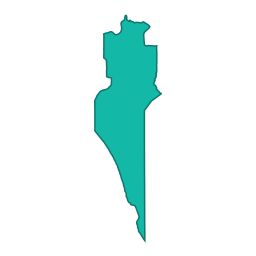 Soutr Nikom, Siemréab, Cambodia
{"feature_id": "14789045B2635302859589", "entity_name": "Soutr Nikom", "entity_type": "district", "adm_level": 2, "iso_a3": "KHM", "parent_name": "Cambodia", "parent_adm1": "Siemréab", "projection": "orthographic", "projection_center": [104.128, 13.174], "detail": "fine", "context": "isolated", "style": "filled", "palette": "teal", "viewbox_px": 256, "rotation_deg": 0, "n_neighbors": 0, "source": "geoboundaries", "source_scale": "gbopen_adm2", "svg_char_len": 5746}
<svg xmlns="http://www.w3.org/2000/svg" viewBox="0 0 256 256"><path d="M103.8,33.9L103.8,34.8L103.9,35.7L103.9,38.0L103.9,39.4L103.9,41.1L103.9,42.9L103.9,44.7L103.9,48.0L103.8,49.0L103.8,50.0L103.9,51.4L103.9,52.5L103.9,53.4L103.8,54.5L103.8,56.2L103.8,57.3L103.8,57.8L104.0,58.2L104.5,58.5L105.4,59.1L105.8,59.4L106.2,59.9L106.3,60.5L106.5,61.7L106.5,63.0L106.5,64.0L106.6,64.9L106.6,65.8L106.7,67.0L106.7,68.1L106.6,70.3L106.6,71.6L106.6,72.9L106.6,74.0L106.6,75.2L106.6,75.7L106.6,76.2L106.7,76.7L107.4,77.0L107.9,77.2L108.8,77.5L109.7,77.6L110.8,77.7L111.3,78.1L111.5,80.0L111.5,81.5L111.4,82.6L111.2,85.1L109.6,86.7L109.0,87.4L108.3,88.1L107.6,88.6L107.0,89.0L106.2,89.4L105.1,89.6L103.7,89.9L102.6,90.3L101.5,90.8L100.6,91.3L100.0,91.8L99.7,92.2L99.2,92.8L98.5,93.8L97.8,94.6L97.2,95.4L96.8,96.3L96.3,97.3L96.1,97.9L95.8,98.5L95.3,99.5L95.1,100.0L94.8,100.5L94.8,101.0L94.8,102.7L94.9,112.4L94.9,126.3L95.0,128.0L94.9,129.1L94.9,130.8L95.1,131.2L95.3,131.5L96.0,132.3L96.5,132.9L97.0,133.5L97.3,134.0L97.7,134.5L98.1,134.9L98.6,135.5L99.1,136.1L99.7,136.9L100.2,137.6L101.1,138.6L101.5,139.1L102.0,139.7L102.4,140.3L102.8,140.8L103.3,141.4L103.8,141.9L104.3,142.4L105.0,143.6L105.6,144.7L105.9,145.0L106.3,145.5L106.6,146.1L107.0,146.7L107.3,147.2L107.8,148.0L108.2,148.5L108.5,149.0L108.8,149.5L109.1,150.0L109.5,150.9L110.0,151.8L110.2,152.0L110.5,152.8L110.8,153.3L111.0,153.6L111.4,154.2L111.8,154.8L112.1,155.1L112.4,155.7L112.8,156.3L113.0,156.8L113.3,157.3L113.6,157.9L113.9,158.5L114.1,159.1L114.4,159.7L114.7,160.3L114.9,160.8L115.2,161.2L115.6,161.9L115.9,162.4L116.1,162.9L116.2,163.3L116.3,163.8L116.5,164.1L117.0,164.9L117.2,165.4L117.5,166.1L117.7,166.7L117.9,167.4L118.1,168.0L118.3,168.8L118.6,169.4L118.7,170.0L118.9,170.5L119.2,171.1L119.5,171.8L119.7,172.4L119.9,173.2L120.1,174.0L120.4,174.8L120.6,175.4L120.9,176.2L121.1,176.8L121.2,177.5L121.3,178.1L121.5,178.6L121.7,179.2L121.8,179.6L122.1,180.2L122.4,180.9L122.6,181.5L122.9,182.1L123.1,182.8L123.2,183.4L123.4,183.9L123.5,184.5L123.6,185.1L123.8,185.8L123.9,186.2L124.1,186.9L124.2,187.3L124.3,187.7L124.5,188.3L124.6,189.1L124.7,189.3L124.8,189.7L124.8,190.3L124.8,190.5L125.0,191.1L125.4,191.8L125.6,192.3L125.9,192.7L126.2,193.2L126.2,193.6L126.1,194.2L126.2,194.6L126.2,194.9L126.2,195.4L126.2,196.1L126.4,196.7L126.7,197.3L126.9,197.5L127.1,197.8L127.4,198.4L127.4,198.7L127.5,199.5L127.6,200.1L127.9,200.9L128.2,201.3L128.8,202.0L129.0,202.4L129.1,202.7L129.7,202.8L130.1,202.8L130.4,203.0L130.6,203.8L130.7,204.5L131.3,204.9L132.3,205.0L133.5,205.2L134.4,205.4L134.7,205.5L135.1,205.8L135.3,206.5L135.6,206.9L135.9,207.7L136.2,208.4L136.3,208.8L136.7,209.6L137.0,210.5L137.3,211.5L137.4,211.8L137.7,212.4L137.8,212.8L138.3,214.1L138.4,214.5L138.6,214.9L138.8,215.5L139.0,216.4L139.0,217.1L138.8,218.1L138.7,218.7L138.5,219.0L137.5,220.5L136.9,221.6L136.7,222.1L136.6,222.7L137.2,224.9L137.5,225.6L137.7,226.5L137.7,227.2L137.6,227.4L137.8,227.7L137.9,228.2L138.3,228.6L138.5,229.2L138.5,230.6L138.9,231.8L139.8,232.8L140.6,234.0L141.1,234.9L141.6,235.7L142.3,236.9L143.1,238.1L143.8,239.2L144.6,240.3L144.8,240.6L144.8,239.4L144.8,233.6L144.7,221.5L144.6,187.1L144.5,172.0L144.4,137.8L144.4,128.6L144.4,110.5L151.3,101.1L161.2,93.8L161.1,93.5L160.9,93.2L160.7,93.2L160.3,93.2L160.1,93.1L159.9,92.8L159.7,92.6L159.4,92.2L159.2,92.0L159.1,91.8L159.0,91.6L158.6,91.3L158.3,91.1L157.9,90.8L157.8,90.5L157.5,90.1L157.3,89.9L157.1,89.7L156.8,89.4L156.4,89.1L156.6,88.1L156.5,87.4L156.3,87.0L156.1,86.7L155.9,86.3L155.8,86.0L155.5,85.6L155.1,85.2L154.6,84.9L154.0,84.7L153.9,84.2L153.8,83.5L153.7,83.3L154.0,83.0L154.4,82.4L154.5,82.0L154.6,81.7L154.5,81.3L154.4,81.0L154.6,80.7L154.9,80.4L155.1,80.2L155.0,79.7L154.9,79.3L154.7,79.0L154.8,78.7L155.1,78.6L155.3,78.4L155.5,78.0L155.6,77.8L155.6,77.6L155.7,77.4L155.8,77.2L156.1,77.0L156.2,76.6L156.1,76.4L155.9,76.2L155.8,75.9L155.9,75.6L156.1,75.3L156.3,75.0L156.2,74.6L156.3,74.2L156.3,73.8L156.1,73.8L155.8,73.6L156.0,73.3L156.2,73.0L156.4,72.7L156.7,72.1L156.7,69.6L156.7,68.7L156.7,67.6L156.7,66.4L156.6,65.2L156.6,64.3L156.7,63.6L156.8,62.9L156.8,62.0L156.8,60.8L156.8,59.4L156.8,56.7L156.8,55.3L156.8,53.8L156.8,52.6L156.7,51.3L156.7,50.0L156.6,48.7L156.6,47.5L156.6,46.2L156.7,45.8L156.3,45.9L155.8,46.0L155.1,46.1L154.5,46.1L153.6,46.0L153.4,45.9L153.0,45.9L152.5,45.9L152.1,45.9L151.8,45.9L151.1,45.8L150.3,45.7L149.6,45.6L148.7,45.5L148.2,45.6L147.4,45.8L146.4,45.9L146.1,45.9L145.6,45.7L145.2,45.5L144.9,45.2L144.6,44.9L144.4,44.5L144.3,43.9L144.3,43.1L144.2,42.3L144.1,41.2L144.0,40.0L144.0,39.1L143.8,36.7L143.7,35.6L143.7,34.6L143.8,33.9L144.3,32.6L144.8,31.9L145.5,31.2L146.3,30.5L147.2,29.7L148.1,28.9L149.0,28.0L149.5,27.4L149.8,26.8L149.7,26.4L149.4,25.9L148.5,25.1L147.4,24.3L146.8,23.9L146.3,23.6L145.5,23.2L144.8,22.8L144.2,22.3L143.3,21.9L142.8,21.9L141.9,22.7L141.1,22.9L140.0,22.8L139.2,22.6L138.4,22.5L136.3,22.3L135.7,22.4L135.2,22.7L134.7,22.9L133.9,22.5L133.2,21.9L132.6,21.7L131.8,21.6L131.3,21.3L130.7,20.8L130.2,20.4L129.7,20.5L129.6,21.0L129.4,21.3L128.9,21.3L128.4,20.9L127.8,20.4L127.1,20.1L126.7,19.8L126.7,19.0L126.8,18.0L126.7,16.9L126.5,16.1L126.2,15.6L125.8,15.4L125.5,15.5L125.3,15.7L125.1,16.2L125.0,16.7L124.9,17.5L124.7,18.6L124.5,19.4L124.2,20.1L123.7,20.5L123.0,20.9L122.6,21.1L122.2,21.6L121.7,21.9L121.3,22.5L121.0,23.3L121.1,24.4L121.3,25.4L121.5,26.4L121.6,27.3L121.6,28.4L121.6,29.1L121.4,30.0L121.2,30.8L120.9,31.6L120.4,32.4L119.8,32.9L118.9,33.7L118.1,34.1L117.2,34.5L116.4,34.7L115.9,34.7L115.3,34.6L114.8,34.3L114.0,33.7L113.3,33.0L112.6,32.4L112.0,32.0L111.2,31.7L110.5,31.8L110.0,31.9L109.3,32.2L108.7,32.5L108.2,32.8L107.6,32.9L106.7,33.0L106.1,33.1L105.3,33.3L104.8,33.5L104.2,33.7L103.8,33.9Z" fill="#14b8a6" stroke="#0f766e" stroke-width="1.5"/></svg>